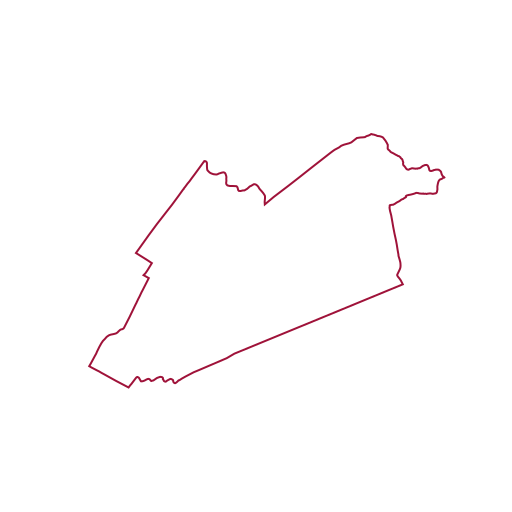 Frasinet, Teleorman, Romania, rotated 325°
{"feature_id": "2599482B88018046154860", "entity_name": "Frasinet", "entity_type": "district", "adm_level": 2, "iso_a3": "ROU", "parent_name": "Romania", "parent_adm1": "Teleorman", "projection": "natural_earth1", "projection_center": [25.422, 44.188], "detail": "fine", "context": "isolated", "style": "outline", "palette": "rose", "viewbox_px": 512, "rotation_deg": 325, "n_neighbors": 0, "source": "geoboundaries", "source_scale": "gbopen_adm2", "svg_char_len": 6041}
<svg xmlns="http://www.w3.org/2000/svg" viewBox="0 0 512 512"><g transform="rotate(325 256 256)"><path d="M360.0,363.4L360.6,359.1L360.6,358.0L360.6,356.9L360.4,354.3L360.5,353.3L360.6,352.8L360.7,352.6L361.0,352.3L365.1,350.0L366.3,349.3L367.0,348.8L367.6,348.3L368.1,347.8L369.1,346.5L370.2,344.7L370.7,343.7L371.1,342.6L371.7,341.0L372.7,337.9L373.0,337.3L373.5,336.5L375.4,332.4L377.9,327.3L379.8,323.1L382.3,317.1L385.2,310.6L387.2,306.4L390.0,300.4L391.6,296.1L392.6,293.9L393.3,292.7L393.6,292.5L394.5,291.3L394.7,291.2L394.9,291.2L396.5,291.9L397.9,292.7L398.2,292.7L399.6,292.9L401.9,292.9L404.9,293.3L405.7,293.3L407.2,293.2L407.8,293.3L408.4,293.4L409.0,293.6L409.3,293.7L410.4,293.6L412.5,293.8L412.7,293.7L412.9,293.2L413.0,293.0L413.2,292.9L413.5,292.9L414.1,292.9L416.2,293.6L416.9,294.0L418.6,294.7L420.5,295.4L422.1,295.9L423.2,296.1L423.9,296.5L424.5,297.1L425.0,297.5L425.5,298.3L426.2,298.9L426.9,299.5L428.0,300.4L428.6,300.6L428.8,300.7L429.1,301.3L430.4,302.1L430.8,302.4L431.3,303.0L431.5,303.1L432.2,303.3L434.4,304.5L434.9,304.9L435.5,305.5L436.5,306.5L436.9,306.7L439.1,307.7L439.5,307.8L440.0,307.7L440.5,307.6L440.9,307.3L441.4,306.9L442.9,305.4L443.6,304.3L444.5,303.0L445.9,301.6L447.1,300.5L448.0,299.8L449.0,299.2L450.2,298.9L450.6,298.9L451.0,298.9L451.4,299.1L452.2,299.3L452.9,299.4L453.6,299.4L454.8,299.2L455.1,299.7L455.3,299.7L455.3,299.3L455.1,298.7L454.8,297.7L454.8,296.9L454.9,296.2L455.0,295.5L455.3,294.7L455.5,294.0L455.8,293.4L455.8,293.1L455.8,292.1L455.7,291.7L455.4,291.1L455.3,290.6L455.2,290.2L454.8,289.8L453.9,289.1L452.8,288.4L452.4,288.2L451.9,288.1L450.9,287.6L449.9,287.5L449.4,287.2L449.0,287.2L448.7,287.1L447.9,286.6L447.7,286.3L447.4,286.0L447.3,285.6L447.3,285.0L448.1,283.0L448.4,281.6L448.5,281.0L448.5,280.4L448.4,280.0L448.2,279.6L447.9,279.2L447.4,278.9L446.7,278.5L446.2,278.3L445.1,278.1L444.3,277.9L443.0,277.9L441.7,278.0L440.5,277.9L440.0,277.7L439.1,277.1L438.4,277.1L437.9,276.7L437.3,276.2L437.1,276.1L436.7,276.0L436.5,275.8L435.8,275.1L435.4,274.8L435.0,274.3L434.1,273.6L433.5,273.4L432.5,273.2L432.0,273.0L431.6,272.9L430.7,272.9L430.3,272.7L429.9,272.3L429.3,271.4L429.2,270.9L429.1,270.4L429.2,269.0L429.1,268.3L429.1,267.3L428.8,266.5L428.8,266.3L428.9,265.9L429.2,265.1L429.5,264.6L430.3,263.8L430.4,263.5L430.6,262.6L431.0,261.7L431.1,261.4L431.2,260.2L431.0,259.9L430.8,259.0L430.8,258.7L430.9,257.9L430.8,257.7L430.6,257.1L430.3,256.1L429.7,255.5L429.6,255.3L429.3,254.5L428.5,253.1L427.7,251.3L427.2,250.3L426.3,248.7L426.0,248.0L425.9,247.3L425.9,246.6L425.7,245.7L425.4,244.7L425.4,244.3L425.4,243.8L425.5,243.5L426.3,242.4L426.8,241.8L427.3,241.1L427.8,240.3L427.8,239.6L428.0,238.6L428.1,237.1L428.2,235.8L428.0,231.9L427.9,231.5L427.2,230.3L426.5,229.4L425.8,228.6L424.3,227.3L424.0,226.8L423.7,226.2L422.1,224.1L421.3,223.4L420.9,222.8L420.5,222.3L420.0,222.1L419.6,222.2L419.3,222.2L418.5,222.0L417.3,221.9L416.3,221.5L415.2,221.2L413.7,221.1L413.4,221.1L411.6,220.1L409.5,218.8L406.3,217.2L399.3,217.6L397.0,217.1L392.0,215.3L390.8,215.0L389.0,214.6L386.3,214.7L381.3,214.1L379.3,214.1L376.2,214.2L351.5,215.5L336.0,216.4L322.2,217.1L304.4,217.8L292.8,218.8L294.0,216.8L295.0,215.6L296.3,214.1L297.4,212.6L297.7,212.0L297.9,211.5L298.0,208.9L297.8,206.3L297.5,204.0L297.4,202.6L297.5,201.7L297.6,200.4L297.5,199.6L297.2,198.2L296.9,197.5L296.4,196.8L296.0,196.4L295.6,196.1L295.1,195.9L294.6,195.9L291.9,195.7L291.3,195.5L290.3,195.5L289.1,195.7L287.2,195.9L286.3,195.8L284.7,195.7L284.1,195.6L283.9,195.5L283.2,195.0L282.7,194.7L281.9,194.4L280.6,193.9L279.6,193.1L279.3,192.8L279.2,192.0L279.3,191.6L280.0,189.7L280.2,189.1L280.2,188.7L280.1,187.8L280.0,187.6L279.5,187.2L276.7,185.0L275.8,184.4L274.3,183.3L273.8,182.6L273.3,182.1L273.1,181.8L273.0,181.5L272.9,180.4L273.0,179.9L273.3,179.3L273.7,178.7L274.4,178.0L275.1,177.1L275.8,175.9L277.0,174.4L277.5,173.4L278.1,171.4L278.2,170.3L278.0,169.7L277.7,169.2L277.3,168.8L276.9,168.6L275.8,168.1L272.6,167.1L271.5,167.0L270.4,166.6L269.3,165.7L268.0,164.5L267.0,163.1L266.5,162.3L265.9,161.0L265.6,159.3L265.5,158.7L265.4,157.8L265.6,157.4L265.8,156.8L267.3,154.3L268.8,152.2L269.2,151.6L269.3,150.9L269.4,150.4L269.2,149.8L268.9,149.3L268.6,149.0L268.1,148.6L267.4,149.0L266.8,149.0L266.3,149.2L257.6,152.2L252.6,153.9L247.7,155.5L244.6,156.6L241.2,157.5L237.7,158.7L235.6,159.3L235.3,159.5L235.1,159.7L234.8,159.7L234.5,159.7L226.8,162.4L216.4,165.9L207.2,168.7L192.9,173.1L180.1,177.4L163.4,183.3L159.4,184.7L164.8,197.5L166.6,202.1L158.8,205.5L155.6,206.7L152.9,207.2L155.5,212.6L143.3,219.1L141.5,220.0L137.5,222.3L134.8,223.7L132.7,224.9L131.6,225.5L131.4,225.7L129.6,226.6L117.5,233.4L107.1,238.9L106.5,239.2L105.7,239.4L104.9,239.3L104.3,239.2L103.5,238.8L103.0,238.7L102.3,238.6L99.9,238.9L98.7,239.2L96.8,239.1L94.4,238.2L91.9,237.1L90.5,236.7L89.8,236.6L88.3,236.6L87.3,236.6L84.5,237.3L81.7,237.8L81.4,238.0L80.2,238.4L78.8,239.0L75.7,240.5L70.8,243.2L69.1,244.3L67.0,245.3L58.8,249.4L56.2,250.6L57.3,253.0L60.2,258.6L61.2,260.4L62.4,263.1L63.6,265.5L69.8,278.2L76.2,290.6L78.9,289.7L80.3,289.4L87.8,287.0L88.3,286.9L88.7,286.9L89.0,286.9L89.3,287.0L89.5,287.1L90.0,288.0L90.2,288.5L90.2,288.9L89.9,292.4L89.9,292.6L90.0,292.8L91.4,293.6L93.2,294.1L95.1,294.3L96.3,294.5L96.9,294.7L97.6,295.1L98.1,295.8L98.2,296.2L98.3,297.6L98.4,298.1L98.6,298.4L99.5,298.6L100.0,298.9L100.4,299.0L101.0,299.1L104.6,299.1L105.3,299.2L107.8,299.9L108.3,300.1L108.8,300.6L109.4,301.2L109.7,301.7L109.8,302.4L109.7,302.7L109.2,303.4L109.1,303.5L109.2,303.8L108.9,305.6L109.0,305.8L109.2,306.3L109.6,306.9L109.9,307.1L110.2,307.2L111.4,307.1L112.8,307.2L115.1,307.5L115.4,307.6L115.6,307.8L116.0,308.2L116.2,308.5L116.5,309.1L116.8,309.8L116.8,310.0L116.8,310.3L116.4,311.0L116.1,311.9L116.1,312.2L116.2,312.8L116.3,313.2L116.6,313.6L116.8,313.8L117.2,313.9L118.6,313.9L120.2,313.7L120.8,313.5L121.3,313.5L121.7,313.6L121.9,313.8L125.0,313.9L129.1,314.3L138.3,315.5L144.2,316.8L171.0,322.4L173.4,322.9L182.3,323.6L296.0,349.1L360.0,363.4Z" fill="none" stroke="#9f1239" stroke-width="2"/></g></svg>